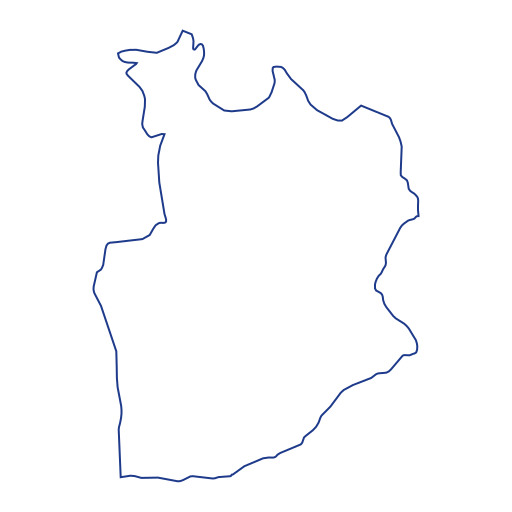 outline of Dornogovi
{"feature_id": "MNG-3297", "entity_name": "Dornogovi", "entity_type": "Province", "adm_level": 1, "iso_a3": "MNG", "parent_name": "Mongolia", "parent_adm1": "", "projection": "equal_earth", "projection_center": [109.85, 44.705], "detail": "fine", "context": "isolated", "style": "outline", "palette": "blue", "viewbox_px": 512, "rotation_deg": 0, "n_neighbors": 0, "source": "natural_earth", "source_scale": "10m", "svg_char_len": 3319}
<svg xmlns="http://www.w3.org/2000/svg" viewBox="0 0 512 512"><path d="M418.5,216.1L417.7,216.1L416.5,216.4L415.8,217.0L415.1,217.9L414.2,218.7L412.7,219.3L409.4,220.1L408.0,220.7L403.7,223.8L401.8,225.6L400.2,227.9L386.4,254.5L385.6,257.0L385.6,258.5L385.9,261.9L385.9,263.5L385.5,265.3L384.9,266.5L383.3,268.9L381.4,272.8L380.7,273.9L380.5,274.1L378.7,275.8L377.0,278.5L375.7,281.6L375.0,284.4L375.0,288.4L376.1,290.5L380.8,293.1L382.1,294.7L382.7,296.5L383.2,300.3L384.4,303.9L386.3,307.1L393.2,316.0L395.8,318.4L404.3,323.8L406.7,326.0L408.8,328.5L415.9,340.2L416.9,343.5L417.3,346.4L417.1,349.7L416.2,352.4L414.5,353.5L413.2,353.8L409.6,355.3L404.1,355.1L402.6,355.7L390.9,369.5L388.7,371.5L386.2,372.7L378.1,373.4L376.1,374.2L371.3,377.9L353.0,385.0L343.7,390.0L340.7,392.8L330.4,406.6L321.5,415.6L320.4,417.6L318.6,422.6L316.1,426.8L312.9,430.2L305.8,435.8L304.0,437.5L302.2,442.7L300.8,444.4L280.4,452.9L277.8,454.5L276.9,455.4L276.2,456.2L275.5,456.8L274.4,457.3L273.0,457.6L268.8,457.5L263.1,458.3L244.4,466.2L233.0,474.4L232.4,474.7L231.9,474.6L231.6,474.8L231.1,475.6L230.8,476.0L230.4,476.2L218.5,477.1L214.8,478.3L212.7,478.5L192.9,476.2L190.4,476.4L182.8,480.2L180.2,481.1L177.8,481.3L157.9,477.6L141.3,477.9L134.8,476.1L130.5,475.7L120.7,477.2L118.7,429.5L119.0,427.1L120.1,422.9L121.0,418.3L121.5,413.8L121.5,409.9L121.2,406.1L117.6,387.1L116.9,378.0L116.7,366.2L116.3,351.3L101.0,305.9L94.4,293.2L93.8,291.1L93.5,289.3L93.7,286.4L96.9,272.3L100.9,269.6L102.0,267.8L103.2,264.9L105.5,249.0L106.6,245.3L108.1,243.5L110.0,242.7L115.7,242.2L142.4,239.1L149.7,235.0L153.3,228.7L155.6,225.3L158.4,223.4L159.7,222.9L161.0,222.8L163.9,222.9L165.5,222.4L166.1,221.3L166.1,219.3L164.5,214.0L159.3,182.5L158.0,162.7L158.3,155.5L160.2,145.7L164.5,134.2L161.7,134.0L151.5,137.3L149.4,136.4L147.4,134.4L144.7,130.1L143.8,128.8L142.9,127.5L142.2,124.1L142.5,121.2L144.8,106.8L145.0,100.4L144.9,98.4L144.2,95.6L142.4,90.9L139.5,86.9L127.9,75.6L126.6,73.9L126.4,72.7L127.1,71.2L128.8,69.4L136.1,64.0L136.7,63.1L133.1,62.7L128.0,62.6L124.9,62.0L122.6,61.1L120.6,59.4L119.0,57.6L118.0,53.4L121.4,51.6L125.0,50.7L129.8,49.9L136.3,49.8L147.7,51.8L156.8,52.8L168.6,47.9L173.9,45.1L176.5,42.9L177.5,41.8L182.7,30.7L191.7,34.3L193.0,38.1L193.3,39.6L193.5,41.5L193.1,48.3L193.3,49.0L194.1,49.6L194.8,49.5L195.3,49.1L197.9,45.7L199.2,44.5L200.5,44.0L201.8,44.3L202.9,45.6L203.6,48.2L204.0,50.9L204.1,53.5L204.0,55.5L203.4,57.9L202.1,61.0L196.5,70.3L195.8,72.2L195.3,74.2L195.2,75.4L195.2,77.3L195.3,78.2L195.8,79.8L196.2,80.6L198.6,85.1L205.4,91.2L207.2,94.2L209.7,99.7L211.3,101.8L213.2,103.6L224.2,110.5L231.7,111.3L250.2,109.5L253.5,108.5L257.0,106.5L268.7,97.8L269.3,97.0L271.6,92.2L274.5,83.3L274.7,81.6L274.7,79.8L272.6,71.0L272.7,68.1L273.5,67.0L276.6,66.6L280.9,66.9L282.7,67.8L284.7,69.7L286.9,73.4L291.1,79.1L303.3,90.3L304.7,92.3L306.1,95.2L308.2,100.9L310.6,104.6L317.1,110.2L332.7,118.8L337.7,120.5L341.9,120.6L347.0,117.3L361.1,105.6L388.7,116.9L390.1,118.3L391.0,120.1L392.1,123.9L399.0,137.2L400.6,141.7L401.7,146.6L400.7,172.2L400.8,175.2L401.3,175.9L402.4,177.1L404.4,178.3L406.9,180.3L407.8,182.7L408.7,188.7L410.0,190.7L411.8,192.1L413.8,193.3L415.3,194.6L417.3,196.9L418.0,198.7L418.2,200.9L418.0,205.6L418.0,210.1L418.5,215.6L418.5,216.1L418.5,216.1Z" fill="none" stroke="#1e3a8a" stroke-width="2"/></svg>